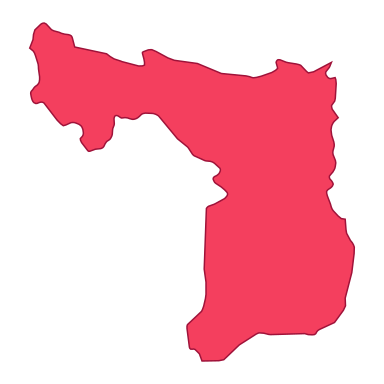 Suphan Buri, Mercator projection
{"feature_id": "THA-403", "entity_name": "Suphan Buri", "entity_type": "Province", "adm_level": 1, "iso_a3": "THA", "parent_name": "Thailand", "parent_adm1": "", "projection": "mercator", "projection_center": [99.785, 14.567], "detail": "fine", "context": "isolated", "style": "filled", "palette": "rose", "viewbox_px": 384, "rotation_deg": 0, "n_neighbors": 0, "source": "natural_earth", "source_scale": "10m", "svg_char_len": 3821}
<svg xmlns="http://www.w3.org/2000/svg" viewBox="0 0 384 384"><path d="M331.4,62.4L329.8,66.4L329.3,67.4L328.4,68.6L326.4,71.1L325.8,72.0L325.6,73.3L326.0,75.0L327.8,77.5L329.3,78.4L330.7,78.6L335.1,77.6L335.8,79.6L336.2,83.6L335.3,98.3L334.7,101.1L331.9,105.0L331.5,105.9L331.8,107.7L332.2,109.2L338.2,117.7L334.1,121.5L332.8,123.4L331.8,125.5L331.5,126.7L331.0,129.8L331.7,135.3L333.8,141.9L334.2,144.2L334.2,146.1L333.5,149.0L333.0,150.7L332.8,152.7L333.1,154.7L335.4,160.5L335.8,162.9L335.3,166.4L334.8,168.4L334.1,169.9L333.5,170.8L333.0,171.8L329.5,175.9L329.3,177.1L329.7,178.7L331.6,180.9L332.6,182.5L333.2,184.1L332.5,185.9L331.6,187.0L330.6,187.9L329.7,188.5L327.9,189.7L327.2,190.5L326.6,191.5L326.7,193.4L327.4,196.0L330.4,203.9L331.3,207.1L332.2,209.2L333.2,210.7L338.0,215.9L341.3,218.6L345.2,219.2L346.0,229.6L346.6,233.3L350.4,240.4L352.4,242.9L353.5,244.9L354.3,247.2L354.1,253.6L351.8,272.6L345.2,298.1L345.5,305.8L343.4,310.3L334.5,322.5L319.8,329.3L318.4,330.1L317.5,330.9L316.7,331.9L316.2,332.9L315.6,333.8L314.3,334.6L312.2,334.8L308.2,334.6L304.7,333.6L270.4,334.6L268.6,334.4L263.8,333.2L259.6,332.9L258.5,333.0L256.3,334.0L239.4,344.8L223.8,359.7L218.9,360.7L202.0,361.0L199.4,353.8L195.1,349.5L193.5,349.0L192.2,349.2L190.6,349.1L189.8,348.3L189.4,347.2L187.0,328.5L187.0,326.1L187.5,324.6L201.6,311.3L202.6,309.2L203.7,306.1L205.4,298.8L206.0,294.4L206.0,282.1L204.2,269.1L206.4,208.5L207.0,207.6L207.8,206.8L208.7,206.2L214.3,204.2L224.4,198.7L225.6,197.6L227.2,195.6L227.6,194.2L227.4,193.0L226.8,192.1L224.6,189.8L221.3,187.0L215.7,183.3L214.7,182.4L214.0,181.2L213.2,179.4L213.2,178.2L213.8,177.2L214.7,176.5L216.6,175.6L217.8,174.7L219.1,173.5L220.3,171.0L220.4,169.5L220.0,168.3L214.4,163.2L212.5,162.0L210.2,161.3L206.0,160.9L204.8,160.6L194.2,155.8L193.3,155.1L192.4,154.1L188.4,148.0L187.6,147.0L177.5,138.8L158.8,116.2L158.0,115.5L156.0,114.4L153.7,113.6L152.3,113.4L145.4,113.1L142.9,113.6L141.9,114.1L141.0,114.8L139.5,116.3L137.8,117.7L136.8,118.3L135.9,118.7L134.7,119.1L133.5,119.3L132.2,119.3L129.8,118.7L127.5,117.9L125.0,117.6L122.6,117.9L121.5,118.0L120.6,117.6L118.8,116.4L117.8,115.8L116.7,115.5L115.6,115.6L114.7,116.3L114.3,117.4L114.0,118.7L114.3,123.8L114.1,125.1L112.8,128.5L112.6,129.8L112.3,134.1L112.0,135.4L111.6,136.5L110.6,138.4L109.9,139.3L109.0,140.0L107.1,141.2L106.4,141.9L105.1,143.8L104.1,146.0L103.5,146.9L102.7,147.7L101.8,148.2L100.8,148.6L95.4,149.2L89.9,151.2L88.8,151.3L87.9,150.8L81.6,142.6L80.5,140.2L80.3,138.6L82.4,136.3L83.1,134.9L83.4,133.1L82.9,129.5L82.1,127.4L81.1,125.9L79.2,124.4L77.1,123.5L74.9,122.7L73.5,122.5L72.2,122.5L70.9,122.7L65.8,125.0L63.3,125.7L60.7,123.8L57.1,120.1L44.0,103.0L43.0,102.4L41.7,102.1L40.4,102.2L39.3,102.5L37.1,103.4L35.8,103.5L34.0,102.7L33.0,101.6L32.2,100.0L31.7,98.6L31.1,96.0L30.7,93.5L30.8,92.3L31.3,91.3L32.7,89.7L34.0,87.8L34.7,87.0L35.5,86.3L37.2,85.1L37.9,84.3L38.6,83.4L39.2,82.2L39.6,79.6L39.6,76.8L38.5,68.9L38.4,66.2L38.1,64.0L35.5,55.7L34.5,53.1L33.4,51.2L32.7,50.6L29.7,48.1L30.0,47.4L33.0,39.6L33.5,34.5L34.9,29.9L40.4,24.6L41.4,23.8L42.5,23.3L44.1,23.0L45.2,23.5L46.2,24.0L51.4,29.6L52.6,30.3L54.0,30.9L59.2,32.3L61.4,33.3L64.8,34.2L68.3,34.6L70.0,35.1L71.3,35.9L71.9,36.8L72.3,37.8L74.7,47.0L106.6,53.8L110.1,56.5L113.9,58.8L114.9,59.2L120.8,61.1L121.9,61.6L138.7,66.0L142.5,65.9L144.5,65.1L144.5,62.3L143.9,58.9L142.5,53.6L142.4,52.8L142.5,52.3L143.4,51.7L148.2,49.9L150.2,49.7L151.9,49.7L156.1,51.5L167.9,57.9L174.3,60.3L197.4,63.5L221.4,73.5L246.0,75.9L249.7,76.7L251.9,77.5L253.3,77.8L256.5,77.4L261.2,76.2L271.8,72.5L275.6,70.3L277.6,68.4L277.4,67.1L276.4,63.6L276.1,62.5L276.4,61.4L277.0,60.5L277.6,59.9L278.6,59.7L280.0,59.8L286.1,62.2L288.2,62.7L296.4,64.0L298.9,64.6L300.7,65.3L306.7,71.6L308.4,72.9L313.6,71.8L331.4,62.4Z" fill="#f43f5e" stroke="#9f1239" stroke-width="1.5"/></svg>